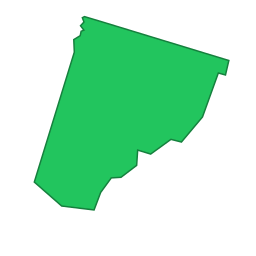 Gilpin, Colorado, United States of America (orthographic projection), rotated 287°
{"feature_id": "52423323B33971175685434", "entity_name": "Gilpin", "entity_type": "district", "adm_level": 2, "iso_a3": "USA", "parent_name": "United States of America", "parent_adm1": "Colorado", "projection": "orthographic", "projection_center": [-105.517, 39.842], "detail": "fine", "context": "isolated", "style": "filled", "palette": "green", "viewbox_px": 256, "rotation_deg": 287, "n_neighbors": 0, "source": "geoboundaries", "source_scale": "gbopen_adm2", "svg_char_len": 463}
<svg xmlns="http://www.w3.org/2000/svg" viewBox="0 0 256 256"><g transform="rotate(287 128 128)"><path d="M39.7,119.5L58.4,120.7L75.4,126.6L78.8,135.7L94.8,147.2L109.7,143.7L109.7,157.3L129.7,172.4L130.2,183.2L160.3,196.0L207.0,198.3L207.2,205.7L222.0,204.7L221.9,70.1L221.8,53.8L220.1,52.1L216.5,54.9L211.9,52.7L208.7,57.2L206.8,54.9L202.3,55.3L196.7,50.3L184.8,54.5L48.9,54.2L34.0,87.4L39.7,119.5Z" fill="#22c55e" stroke="#15803d" stroke-width="1.5"/></g></svg>